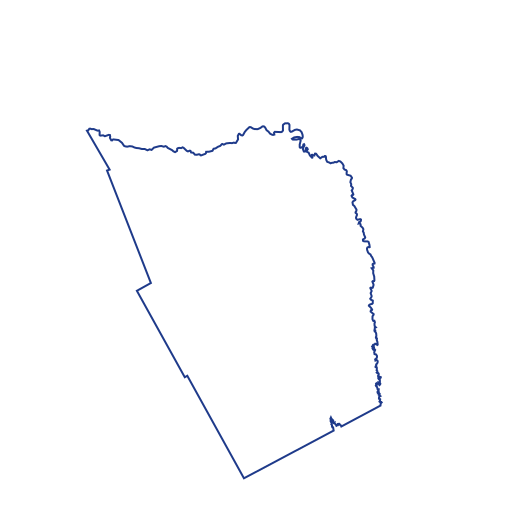 the district of General José de San Martín, Salta, Argentina, rotated 152°
{"feature_id": "61730980B17678477966583", "entity_name": "General José de San Martín", "entity_type": "district", "adm_level": 2, "iso_a3": "ARG", "parent_name": "Argentina", "parent_adm1": "Salta", "projection": "robinson", "projection_center": [-63.954, -22.826], "detail": "fine", "context": "isolated", "style": "outline", "palette": "blue", "viewbox_px": 512, "rotation_deg": 152, "n_neighbors": 0, "source": "geoboundaries", "source_scale": "gbopen_adm2", "svg_char_len": 6043}
<svg xmlns="http://www.w3.org/2000/svg" viewBox="0 0 512 512"><g transform="rotate(152 256 256)"><path d="M371.0,65.4L269.4,65.4L268.4,68.4L268.4,68.7L269.0,69.0L268.9,69.9L268.3,70.9L268.5,72.0L267.8,72.5L267.5,74.0L267.2,74.1L267.7,74.3L267.7,74.9L266.8,75.4L267.1,76.0L266.3,76.6L266.7,77.4L265.7,78.2L265.8,77.0L265.2,75.0L265.5,74.9L265.1,74.5L265.4,73.5L265.6,73.2L265.9,73.3L266.0,72.8L265.5,71.9L265.2,71.9L265.4,71.7L265.0,71.5L264.9,70.0L264.6,69.2L264.7,68.3L264.3,68.3L264.1,68.7L263.2,69.1L262.9,68.6L262.7,68.9L262.4,69.2L261.3,68.8L261.1,68.3L261.3,67.8L260.6,66.7L260.7,65.4L216.3,65.5L216.1,66.0L214.9,67.3L215.0,68.2L214.4,67.6L213.8,67.7L213.9,68.3L215.1,69.3L213.6,71.2L213.8,71.9L214.4,72.3L214.1,72.9L213.2,74.0L212.0,74.0L212.7,75.6L211.7,75.9L211.5,76.3L212.6,77.3L211.6,77.8L211.3,78.7L211.7,79.0L212.4,78.4L212.6,78.9L210.6,80.1L210.2,80.7L211.2,81.3L210.6,83.4L210.9,84.2L210.3,85.0L211.0,85.0L211.0,85.4L210.4,85.7L210.0,86.9L209.3,87.1L208.7,86.1L207.7,85.6L207.6,84.1L206.7,84.3L206.1,85.0L206.1,85.5L207.2,85.4L207.2,87.0L206.6,86.7L205.4,87.2L204.5,89.3L204.6,89.8L205.4,89.8L205.4,90.7L204.9,90.8L204.7,90.2L204.1,89.9L203.0,90.0L202.7,90.4L203.2,91.0L204.1,90.6L204.0,91.9L204.7,92.1L204.6,92.8L203.0,94.1L203.0,95.1L203.9,95.7L204.1,96.3L203.4,96.4L202.9,97.4L203.2,98.4L202.5,99.2L201.7,100.9L202.6,101.8L202.5,102.1L201.9,102.6L201.3,102.7L200.8,103.9L199.5,104.2L198.4,105.2L198.0,105.9L197.9,106.5L198.4,107.8L199.6,107.7L199.3,108.8L197.6,109.1L196.6,110.0L196.1,111.0L196.2,112.7L197.4,113.7L196.8,115.6L194.9,117.1L195.0,117.7L196.2,117.9L196.5,118.4L196.5,119.6L195.9,119.8L194.9,119.6L194.7,119.9L194.8,120.4L195.9,120.7L196.0,121.6L195.5,121.8L194.3,121.3L194.1,121.8L194.7,122.1L194.5,122.5L194.1,122.6L192.7,122.2L192.0,122.6L191.4,122.2L190.7,120.5L190.2,120.6L189.1,123.3L188.9,124.9L187.9,126.5L188.0,126.8L188.5,126.9L188.5,127.6L188.0,128.3L187.3,128.8L186.3,131.1L186.1,132.6L186.6,133.6L185.7,134.3L186.2,135.0L185.4,135.8L184.9,136.8L184.6,137.0L183.7,136.8L184.1,138.6L183.2,140.6L182.1,141.7L181.9,143.2L182.6,143.3L183.0,143.8L182.8,145.6L181.4,148.1L179.8,148.9L179.4,149.4L180.9,153.1L180.1,154.1L178.9,153.9L178.6,154.2L178.8,156.3L179.7,159.1L179.1,159.6L177.8,159.7L176.0,159.2L175.1,159.5L173.8,161.8L175.1,163.6L175.2,164.6L173.2,165.7L172.7,166.3L172.2,169.4L170.4,170.7L170.2,171.2L170.2,173.7L169.9,174.2L169.5,174.2L168.2,173.2L167.8,173.2L166.0,175.0L165.6,175.7L165.3,178.7L164.8,179.0L163.5,178.4L162.9,178.9L161.3,182.3L160.6,185.8L159.2,188.2L159.6,190.9L157.6,190.4L157.3,191.1L157.4,192.7L156.9,194.0L156.4,194.2L154.9,193.7L154.5,194.2L154.0,200.3L154.3,201.9L154.2,203.6L155.1,205.2L155.4,206.6L155.0,209.3L154.5,210.5L153.7,211.2L152.7,211.2L151.9,210.5L151.4,210.5L150.6,212.6L150.0,215.5L150.5,216.4L153.7,218.2L154.4,219.2L153.8,220.4L151.7,220.5L150.8,221.2L150.6,224.3L149.9,226.2L150.1,227.4L148.6,229.3L148.6,230.9L149.5,233.5L148.8,234.9L148.9,235.4L149.2,236.3L150.1,236.5L149.1,237.5L147.9,237.3L146.9,237.8L146.2,238.9L146.4,239.4L147.2,239.8L149.4,240.3L149.9,241.4L149.9,242.4L149.5,243.2L147.5,244.9L147.2,246.1L147.8,247.2L147.6,247.9L146.1,248.8L145.5,249.8L145.7,254.0L146.4,255.7L145.6,258.1L144.6,258.7L142.1,258.8L141.6,259.3L141.7,259.8L143.4,262.3L143.4,264.3L142.6,264.7L141.5,264.4L141.1,264.7L140.7,269.0L140.0,269.2L138.8,270.2L138.5,270.8L139.2,273.3L138.2,274.7L138.0,276.9L136.2,279.0L135.0,279.4L134.5,280.1L134.8,282.5L137.4,285.0L137.6,285.5L137.1,286.7L136.1,288.0L136.0,288.7L136.1,289.5L137.2,290.7L137.6,292.5L136.2,294.7L136.3,297.2L137.1,299.8L138.3,301.1L140.8,300.9L142.3,302.0L143.7,302.0L145.1,302.6L146.7,302.9L147.3,304.0L148.9,305.7L148.9,307.5L148.6,308.8L147.7,310.7L147.7,311.6L148.4,312.0L149.2,311.6L150.8,312.4L153.4,312.1L154.6,315.4L154.9,318.0L155.2,318.4L155.9,318.7L157.3,317.3L157.8,317.6L158.8,319.0L159.2,319.1L159.5,318.8L159.8,316.7L160.1,316.4L160.4,316.5L161.2,319.5L161.0,322.6L162.0,323.8L162.2,324.5L161.3,325.4L160.2,325.9L160.1,327.1L160.5,327.9L160.9,328.0L161.6,327.4L163.1,325.2L163.8,325.2L164.7,325.8L164.4,328.3L163.4,329.5L161.4,330.8L161.1,331.4L161.1,332.2L161.8,332.2L163.1,330.7L163.6,330.5L165.6,330.5L166.2,330.9L166.3,331.6L165.1,333.9L162.4,336.9L162.2,338.2L163.6,339.3L165.5,339.7L168.3,341.2L169.0,341.7L169.2,342.6L166.7,342.8L163.7,341.8L161.9,340.6L160.6,338.4L160.1,338.2L159.2,338.8L158.5,339.8L158.0,341.2L157.6,343.9L158.2,346.3L160.5,348.5L162.5,349.1L166.1,349.0L167.1,349.4L167.4,350.6L167.2,351.9L164.9,356.0L164.9,357.3L165.5,358.2L168.1,359.5L170.4,359.2L171.1,358.4L173.3,354.1L174.7,353.5L175.7,353.6L181.1,356.8L182.2,356.4L182.8,354.6L184.1,354.9L184.9,355.6L186.1,357.3L186.6,360.0L187.6,362.1L187.6,365.3L188.2,366.8L189.5,367.4L191.9,367.0L194.9,367.2L197.6,368.7L198.8,369.9L200.2,372.3L201.3,372.9L205.3,371.8L207.7,370.8L210.6,368.9L211.4,368.8L212.4,369.6L213.2,371.7L213.8,371.9L215.7,370.6L217.1,367.4L220.6,365.3L221.4,365.6L222.3,366.5L224.2,366.9L225.9,368.0L229.4,369.4L232.1,369.4L233.1,370.7L233.6,370.8L235.9,370.0L238.3,370.3L241.2,370.0L243.1,370.6L245.1,369.3L248.4,370.1L251.1,371.4L251.8,370.4L252.8,370.0L257.2,370.6L257.7,370.9L257.9,371.9L258.5,372.6L260.8,373.2L262.4,374.2L262.9,376.6L264.7,377.9L264.5,379.6L265.0,380.1L267.0,380.3L267.8,381.4L269.1,385.4L269.8,386.4L271.4,386.4L273.2,387.6L274.7,387.9L275.3,387.7L275.9,386.5L276.5,385.8L278.7,385.7L279.8,387.2L280.4,388.9L283.2,392.9L283.5,394.4L284.3,395.5L286.1,395.8L288.0,397.6L290.0,398.4L295.2,399.6L298.4,398.7L299.8,400.1L302.2,400.3L304.0,402.7L306.5,404.0L308.6,406.0L310.9,407.5L312.4,408.9L313.8,410.8L316.0,412.3L318.4,413.0L320.0,414.2L320.8,415.2L321.2,418.9L322.9,422.9L327.2,425.9L327.8,426.0L328.8,425.6L329.5,426.1L329.5,428.9L328.7,429.8L328.2,431.4L329.2,432.1L333.2,432.7L334.3,434.3L337.0,435.4L337.3,436.3L335.8,438.9L335.6,440.5L337.1,441.1L339.7,444.3L341.6,445.2L342.6,446.3L343.4,446.6L345.1,445.7L346.4,446.0L344.7,401.0L347.4,401.4L361.5,281.5L377.5,281.2L375.8,182.4L372.9,182.5L371.0,65.4Z" fill="none" stroke="#1e3a8a" stroke-width="2"/></g></svg>